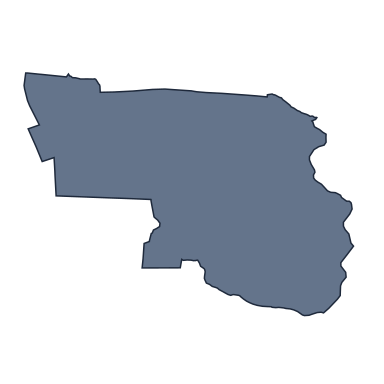 Ghioroc, Arad, Romania (Equal Earth projection), rotated 355°
{"feature_id": "2599482B24745533124468", "entity_name": "Ghioroc", "entity_type": "district", "adm_level": 2, "iso_a3": "ROU", "parent_name": "Romania", "parent_adm1": "Arad", "projection": "equal_earth", "projection_center": [21.586, 46.163], "detail": "fine", "context": "isolated", "style": "filled", "palette": "slate", "viewbox_px": 384, "rotation_deg": 355, "n_neighbors": 0, "source": "geoboundaries", "source_scale": "gbopen_adm2", "svg_char_len": 2964}
<svg xmlns="http://www.w3.org/2000/svg" viewBox="0 0 384 384"><g transform="rotate(355 192 192)"><path d="M79.2,63.7L77.7,65.5L76.9,66.4L52.2,61.7L49.9,61.3L38.9,59.2L36.7,59.0L34.0,71.2L34.1,72.8L34.2,74.5L36.1,86.5L37.8,92.0L45.8,111.9L34.3,114.8L36.6,121.6L40.7,133.5L45.3,148.3L45.4,148.6L57.6,145.7L57.2,159.5L57.0,163.4L56.3,184.0L112.9,191.1L119.6,191.9L133.0,193.6L149.9,195.8L150.2,195.8L150.5,195.9L150.4,196.9L150.6,199.2L150.8,201.4L151.4,207.4L152.0,213.4L152.4,214.1L155.4,217.0L156.4,218.8L157.4,220.3L156.7,223.6L153.2,225.4L150.3,226.5L148.9,229.3L148.2,229.7L147.8,229.8L145.4,236.6L145.2,237.6L139.8,239.1L137.5,253.9L135.7,263.3L173.7,266.5L175.9,258.2L177.3,259.3L179.1,259.3L181.3,259.3L185.1,259.8L187.8,260.6L189.3,260.5L189.7,260.7L190.5,260.4L191.7,260.4L193.2,263.4L194.1,266.7L197.4,269.4L197.9,270.5L198.2,272.5L197.6,275.2L197.2,276.8L196.8,279.1L197.3,281.0L198.1,283.2L198.4,284.0L201.5,285.6L203.9,287.8L205.4,288.4L207.4,289.2L209.0,290.0L210.5,291.6L218.9,297.2L221.5,298.3L222.1,298.2L223.6,297.8L224.4,297.8L225.4,298.0L229.5,299.0L230.6,299.6L231.6,300.8L234.1,303.2L236.9,305.5L239.8,307.3L243.0,309.0L247.1,310.6L252.3,312.0L257.1,312.7L261.1,313.2L261.6,313.8L265.4,314.5L268.3,314.5L271.5,315.1L273.4,315.5L275.3,316.2L279.6,317.0L283.1,318.3L286.8,320.3L291.3,324.1L293.2,324.9L297.9,325.0L300.5,324.3L306.2,323.0L310.2,323.0L312.5,323.9L318.1,319.8L327.5,311.5L330.6,308.1L331.8,298.4L333.4,295.1L338.1,290.3L338.1,285.4L333.9,278.8L334.1,275.4L341.5,267.4L348.2,260.0L345.9,256.7L344.6,247.5L341.3,242.9L339.9,239.3L340.2,235.3L347.2,227.7L350.0,222.9L349.8,218.2L349.4,216.4L347.9,214.9L345.2,214.6L340.5,210.5L339.7,208.2L336.3,206.0L334.6,205.1L330.2,204.4L327.0,202.6L324.7,199.5L321.6,195.5L318.1,193.0L315.8,190.9L314.4,188.7L314.5,185.6L316.2,183.0L315.9,180.6L313.2,175.0L311.8,170.3L312.1,166.9L317.2,160.4L322.2,157.9L327.7,156.8L329.9,154.1L330.2,149.2L330.6,146.1L327.4,143.8L324.6,141.0L322.1,139.4L319.6,137.6L318.9,134.8L318.5,132.8L317.6,131.7L319.6,131.0L321.4,130.5L322.0,129.8L322.5,129.2L322.9,128.8L322.7,128.6L321.7,128.5L320.6,128.5L319.6,127.5L318.9,127.0L318.2,126.8L316.8,126.9L316.3,126.9L315.7,126.5L315.0,125.9L314.2,125.4L313.0,124.7L311.8,124.2L310.5,123.7L309.2,123.1L307.8,122.5L307.0,121.7L306.3,121.1L305.0,120.5L304.0,120.0L300.9,117.4L299.5,116.6L298.1,115.8L297.2,114.2L293.2,110.3L290.6,108.0L289.7,106.7L289.4,106.1L288.7,105.7L288.2,105.7L287.9,105.6L286.4,104.7L283.6,102.8L282.4,102.3L281.9,102.3L280.4,101.4L279.9,101.4L275.6,101.7L275.2,103.8L274.9,103.8L264.7,101.9L254.5,100.2L230.2,96.3L215.0,94.2L205.6,92.6L202.4,91.8L200.2,91.2L184.8,88.8L174.0,87.1L161.7,86.4L142.2,86.3L122.9,85.6L109.3,84.7L109.4,81.0L109.5,78.6L109.2,77.1L108.4,76.2L107.5,74.3L106.0,71.5L105.5,71.1L104.8,70.8L103.4,70.9L100.7,70.6L97.9,70.3L90.5,69.7L90.0,69.4L86.0,68.1L83.1,67.7L82.8,67.6L81.6,66.3L81.0,66.0L80.3,65.8L79.2,63.7Z" fill="#64748b" stroke="#1e293b" stroke-width="1.5"/></g></svg>